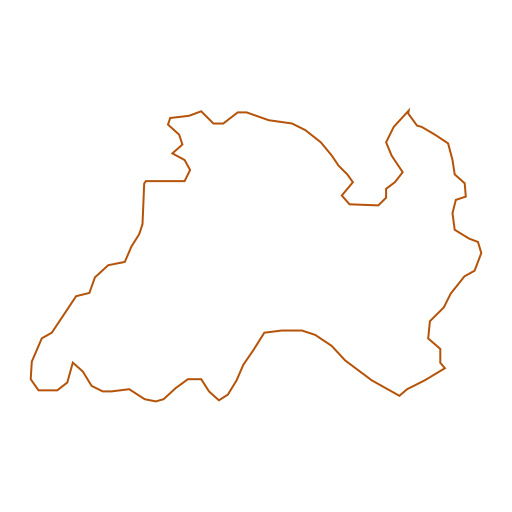 Namwon-si, North Jeolla, South Korea (Mercator projection)
{"feature_id": "91817680B21680824294868", "entity_name": "Namwon-si", "entity_type": "district", "adm_level": 2, "iso_a3": "KOR", "parent_name": "South Korea", "parent_adm1": "North Jeolla", "projection": "mercator", "projection_center": [127.45, 35.426], "detail": "fine", "context": "isolated", "style": "outline", "palette": "amber", "viewbox_px": 512, "rotation_deg": 0, "n_neighbors": 0, "source": "geoboundaries", "source_scale": "gbopen_adm2", "svg_char_len": 1385}
<svg xmlns="http://www.w3.org/2000/svg" viewBox="0 0 512 512"><path d="M408.7,110.6L393.8,126.8L386.1,142.3L391.6,155.6L402.7,172.2L394.9,182.2L386.1,188.8L386.1,197.7L378.3,205.4L349.5,204.3L341.8,195.5L352.9,182.2L347.3,174.4L338.5,165.6L331.8,155.6L320.8,142.3L305.3,130.1L292.0,123.5L268.7,120.2L246.6,112.4L237.7,112.4L223.3,123.5L213.4,123.5L201.2,111.3L189.0,115.8L170.2,118.0L168.0,124.6L179.1,134.6L182.4,144.5L172.4,153.4L184.6,160.0L190.1,170.0L184.6,181.1L162.5,181.1L145.9,181.1L144.2,183.6L142.5,224.2L139.2,234.2L131.5,246.4L124.8,261.9L108.2,265.2L94.9,277.4L89.4,292.9L76.1,296.2L51.8,332.7L41.8,338.3L32.9,359.1L31.8,361.5L30.7,379.2L38.5,390.3L57.3,390.3L67.3,382.5L72.8,362.6L82.8,371.5L91.6,385.9L102.7,391.4L111.5,391.4L129.2,389.2L144.7,399.2L155.8,401.4L163.6,399.2L175.7,388.1L187.9,379.2L201.2,379.2L209.0,391.4L216.1,397.8L218.9,400.3L227.8,394.7L236.6,380.3L243.3,364.8L253.2,350.4L264.3,332.7L282.0,330.5L301.9,330.5L315.2,334.9L331.8,346.0L345.1,360.4L371.7,380.3L399.4,395.8L407.1,389.2L424.8,380.3L444.9,368.2L440.3,362.8L440.3,348.9L428.2,338.5L429.9,321.2L443.8,307.4L450.7,293.6L464.5,276.3L474.6,270.7L481.3,253.0L478.0,242.0L469.1,238.6L454.7,229.8L452.5,213.2L455.8,199.9L465.8,196.6L464.7,183.3L454.7,174.4L452.5,160.0L448.1,143.4L434.8,134.6L421.5,126.8L417.1,125.7L408.2,113.5L408.7,110.6Z" fill="none" stroke="#b45309" stroke-width="2"/></svg>